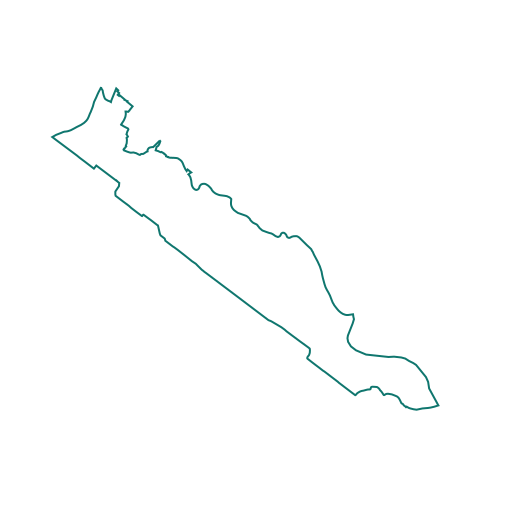 Marasu, Braila, Romania, rotated 125°
{"feature_id": "2599482B39653886618444", "entity_name": "Marasu", "entity_type": "district", "adm_level": 2, "iso_a3": "ROU", "parent_name": "Romania", "parent_adm1": "Braila", "projection": "equal_earth", "projection_center": [27.963, 45.023], "detail": "fine", "context": "isolated", "style": "outline", "palette": "teal", "viewbox_px": 512, "rotation_deg": 125, "n_neighbors": 0, "source": "geoboundaries", "source_scale": "gbopen_adm2", "svg_char_len": 5940}
<svg xmlns="http://www.w3.org/2000/svg" viewBox="0 0 512 512"><g transform="rotate(125 256 256)"><path d="M206.5,479.7L209.8,479.2L211.7,479.0L214.6,478.5L217.9,477.8L222.7,477.0L227.1,475.4L228.7,475.0L233.3,473.9L234.3,473.8L238.0,472.9L239.8,472.6L240.9,472.5L242.7,472.6L245.6,473.2L249.1,474.6L253.3,476.9L255.4,477.9L259.1,479.8L260.8,481.0L261.8,481.8L262.6,482.6L263.4,483.5L264.1,484.3L265.4,485.3L266.9,486.2L271.4,489.2L275.4,491.1L275.6,486.6L276.4,460.5L276.4,460.4L276.7,456.6L276.9,450.3L277.4,438.9L273.5,438.7L274.4,413.5L274.2,413.5L274.5,411.7L274.6,410.1L274.6,409.9L274.8,409.8L277.1,408.5L277.5,408.3L283.7,408.2L284.2,408.0L286.4,406.4L287.2,405.5L287.6,396.1L287.8,389.0L288.2,385.8L288.5,379.6L288.7,372.4L288.6,372.2L287.0,372.1L286.8,372.0L286.7,371.8L286.9,364.3L286.9,363.2L287.3,354.6L287.2,353.9L287.6,353.4L292.7,347.8L293.7,346.4L293.9,346.0L293.9,345.6L294.1,340.9L294.3,340.5L295.5,339.0L295.9,329.6L295.8,327.9L295.9,323.6L296.4,314.5L297.0,305.7L296.9,300.8L297.3,298.7L298.2,293.6L298.4,292.2L298.4,291.0L298.6,289.1L298.6,287.2L299.9,249.8L301.4,209.1L301.3,208.5L300.9,207.0L300.7,205.8L300.2,199.5L299.8,194.4L299.9,190.2L300.2,187.8L300.4,181.7L300.7,171.3L300.8,165.2L300.9,160.6L301.0,159.1L301.1,158.8L302.1,157.9L303.0,157.3L304.5,156.4L306.4,155.8L307.1,155.7L308.7,155.9L309.7,155.7L310.2,155.5L310.5,155.2L310.6,154.6L310.9,149.2L311.5,135.1L311.4,133.9L312.1,116.7L312.3,115.4L313.1,94.9L312.6,94.6L310.6,94.4L309.9,94.2L308.5,93.6L307.1,92.9L305.9,92.0L304.6,90.7L302.2,88.7L301.3,87.9L299.9,86.1L299.6,86.0L299.3,85.9L297.8,86.4L297.3,86.4L296.9,86.2L296.3,85.6L295.5,84.4L294.2,82.2L293.9,81.5L293.9,80.5L294.0,79.5L294.3,78.4L294.8,77.3L295.0,76.0L295.5,74.4L296.5,72.0L296.6,71.6L296.5,71.4L296.3,71.1L294.8,70.5L294.0,69.9L293.4,69.2L293.0,68.6L291.6,65.7L291.4,65.2L290.6,61.9L290.2,60.0L290.3,58.4L290.6,57.3L291.4,55.6L293.2,52.4L293.2,52.1L293.2,51.8L293.0,51.3L293.0,50.9L293.6,49.0L293.6,48.4L293.6,47.6L293.8,46.4L293.0,46.2L292.8,43.7L292.3,42.0L291.2,39.1L289.8,36.3L285.4,32.2L281.8,27.9L280.1,26.1L277.3,23.6L273.8,20.9L265.2,38.2L260.4,42.8L257.7,47.3L253.4,62.4L253.5,65.8L254.2,70.4L254.4,74.9L255.8,78.8L259.3,85.2L262.7,89.5L273.6,109.3L275.9,120.0L275.6,126.4L273.5,131.3L270.9,133.9L268.4,135.1L255.9,138.1L251.6,139.5L249.9,141.4L248.1,143.1L251.5,146.7L252.4,148.0L253.0,149.3L253.6,151.6L253.7,153.7L253.6,155.3L253.4,157.0L252.8,159.4L251.5,163.6L251.2,164.2L250.7,165.2L250.2,166.4L248.5,169.0L246.0,172.7L244.4,175.7L243.1,178.5L241.7,181.1L239.7,183.8L235.7,188.6L233.6,190.9L231.2,193.3L227.9,197.7L225.2,202.3L221.7,209.2L220.0,212.0L219.5,213.4L218.9,214.3L218.7,214.9L218.3,217.6L217.9,220.6L216.1,231.0L216.1,232.4L216.2,233.1L216.3,233.7L216.7,234.5L217.0,234.9L218.4,236.7L219.3,237.4L219.9,237.9L220.9,238.3L221.7,238.8L222.2,239.3L222.4,239.8L222.6,240.8L222.5,241.5L222.3,241.9L221.5,243.1L221.3,243.5L221.0,244.7L220.9,245.7L221.0,246.5L221.6,247.4L221.9,247.7L222.9,248.1L223.7,248.1L224.5,247.9L225.3,247.8L226.2,247.9L227.6,248.7L227.9,249.0L228.5,251.4L228.5,254.5L228.7,256.3L229.5,258.3L230.0,260.0L230.5,261.8L230.8,263.0L231.4,265.3L231.4,266.0L231.1,268.8L231.0,269.4L230.7,270.1L230.2,271.9L230.0,272.2L229.9,272.9L229.8,273.5L229.9,274.2L230.0,275.0L230.2,275.7L230.2,276.4L230.4,277.0L230.3,278.6L230.1,279.9L229.9,280.7L229.7,281.5L229.4,281.8L229.1,282.6L228.9,283.7L228.7,285.0L228.7,286.3L228.8,287.3L229.1,288.4L231.1,295.6L231.1,296.4L231.1,298.3L231.0,300.5L230.5,302.3L230.1,303.3L229.0,305.1L228.7,305.4L227.9,306.2L226.5,307.2L223.6,308.9L223.5,309.0L223.2,310.5L223.2,311.4L223.3,312.1L223.7,314.2L224.7,316.3L226.8,320.3L227.3,321.6L227.7,323.3L228.0,325.0L228.0,325.7L227.9,327.7L227.6,328.9L227.3,329.9L226.7,331.1L226.5,331.6L226.0,333.9L225.8,335.3L225.8,336.2L225.9,337.9L226.1,338.9L226.6,339.9L227.5,341.0L228.4,341.7L229.0,342.0L230.9,342.2L231.5,342.1L232.1,341.8L233.3,341.6L233.9,341.6L234.5,341.7L235.2,342.0L236.0,342.6L236.2,343.0L236.5,343.7L236.5,344.6L236.5,345.6L236.2,346.7L235.6,348.0L234.8,349.2L233.3,350.6L231.3,352.4L229.4,354.6L228.9,355.4L228.6,356.1L228.0,357.6L227.9,358.2L225.5,357.4L224.7,357.0L224.4,361.1L224.4,361.7L226.2,361.5L225.5,363.5L224.7,364.9L223.8,366.5L221.9,369.4L221.2,370.9L221.0,371.6L220.8,373.0L220.8,375.1L220.8,375.7L221.0,376.5L221.5,377.6L222.0,378.4L223.0,380.1L223.7,381.0L223.8,381.3L224.7,382.6L225.2,383.7L225.4,384.6L225.5,384.8L225.3,384.9L225.5,385.3L225.7,385.5L225.6,386.9L225.7,387.0L225.2,387.3L225.1,387.6L225.0,388.0L225.1,389.1L225.1,389.3L224.8,389.4L224.7,389.8L224.8,390.3L224.9,391.2L224.9,391.3L224.8,391.5L225.0,393.1L225.4,393.2L225.6,393.4L225.9,394.6L226.2,396.4L227.0,398.8L223.7,400.0L221.8,399.3L221.4,399.4L220.7,399.3L220.1,399.4L219.3,399.5L216.9,400.2L216.8,400.6L217.7,400.8L217.7,401.2L225.8,402.7L226.3,403.5L227.5,404.7L228.4,405.4L229.1,405.7L230.5,405.8L231.3,405.6L231.8,405.4L232.5,404.8L233.3,405.4L237.0,406.9L238.3,408.6L239.5,408.9L239.9,409.3L240.2,410.7L240.5,413.1L241.5,415.8L243.2,417.8L243.7,419.0L244.5,421.7L244.8,423.1L245.0,424.0L245.2,424.4L245.0,425.2L244.9,425.5L244.6,425.6L243.9,425.6L243.9,425.4L240.7,425.2L240.6,425.8L237.8,426.6L235.3,428.1L234.2,428.9L233.6,429.7L233.5,429.8L233.3,429.8L232.7,429.6L231.7,429.4L230.6,431.6L230.6,431.9L227.8,432.8L225.7,433.1L225.4,433.2L225.3,433.4L225.0,434.0L225.3,436.1L225.6,438.4L225.7,439.8L225.6,440.2L225.9,441.4L225.8,441.5L225.7,441.9L221.5,442.0L220.4,442.1L217.4,442.7L216.3,443.1L214.3,444.1L212.5,445.7L211.8,444.7L211.4,443.7L211.1,443.3L210.2,443.3L209.6,443.1L208.1,443.2L207.8,443.1L204.2,442.9L203.6,450.1L202.9,450.1L203.5,453.3L203.1,453.4L202.5,460.0L203.4,460.0L203.3,461.7L201.0,461.6L200.7,464.0L199.3,463.9L198.9,466.6L210.7,463.9L211.5,463.7L213.1,463.1L213.2,464.6L213.7,466.4L213.9,468.8L213.8,469.8L213.3,470.8L211.8,472.9L209.7,475.3L208.6,476.3L208.2,476.9L207.3,479.1L206.5,479.7Z" fill="none" stroke="#0f766e" stroke-width="2"/></g></svg>